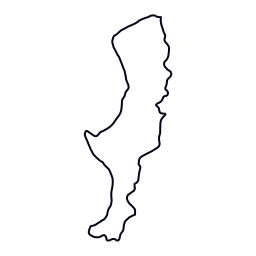 the district of Plateaux, Haut-Ogooué, Gabon
{"feature_id": "22940354B6249741247917", "entity_name": "Plateaux", "entity_type": "district", "adm_level": 2, "iso_a3": "GAB", "parent_name": "Gabon", "parent_adm1": "Haut-Ogooué", "projection": "robinson", "projection_center": [14.201, -1.717], "detail": "fine", "context": "isolated", "style": "outline", "palette": "ink", "viewbox_px": 256, "rotation_deg": 0, "n_neighbors": 0, "source": "geoboundaries", "source_scale": "gbopen_adm2", "svg_char_len": 3724}
<svg xmlns="http://www.w3.org/2000/svg" viewBox="0 0 256 256"><path d="M160.8,17.2L157.8,17.0L156.0,16.3L154.9,15.5L153.4,15.4L151.8,15.5L150.0,16.0L148.5,17.0L145.4,17.9L142.3,19.1L139.5,20.4L137.1,22.2L135.3,23.4L132.5,24.7L128.7,26.3L125.0,28.3L121.3,30.2L118.2,32.9L117.5,33.6L116.9,34.1L113.9,36.1L113.3,37.3L112.8,39.1L112.3,40.8L112.3,42.6L113.0,44.7L113.6,47.3L113.9,47.9L116.1,51.8L117.6,55.0L118.9,56.7L121.4,62.8L123.4,68.2L124.5,70.9L125.7,76.2L126.1,79.3L127.0,82.0L128.1,84.2L128.5,86.0L128.6,88.0L127.8,89.4L126.3,91.3L125.6,92.3L125.2,93.7L124.6,96.0L123.0,98.5L122.3,99.6L121.9,101.4L121.9,104.1L121.4,109.4L120.6,112.5L119.2,115.2L116.2,119.2L113.4,123.3L110.7,126.2L107.4,128.6L105.0,129.9L103.3,130.9L100.8,131.9L99.7,132.8L98.5,134.4L97.4,135.5L96.4,136.1L94.8,136.1L92.9,135.0L91.5,134.0L90.4,133.3L88.6,132.0L87.1,131.0L85.9,131.2L85.1,132.7L84.7,134.3L85.6,137.4L86.6,139.5L87.7,142.1L88.9,145.1L90.7,149.2L92.1,152.0L93.1,154.0L95.3,156.4L97.0,158.0L99.3,160.2L100.8,161.2L102.5,162.1L103.2,163.0L104.6,165.1L106.9,167.4L108.5,168.8L109.5,170.5L110.5,172.7L111.6,175.5L112.5,178.2L112.8,181.5L112.6,184.9L112.1,188.3L111.6,190.5L111.3,192.8L111.3,195.5L111.4,197.9L111.6,199.5L111.6,201.2L111.3,203.0L111.0,204.5L110.3,206.3L109.8,207.1L109.0,208.3L108.4,209.5L108.0,210.7L107.4,213.2L107.0,215.3L105.3,217.9L104.4,219.1L102.9,220.1L101.7,220.6L100.1,221.8L98.8,222.6L97.7,223.3L96.2,224.3L95.1,225.0L92.9,225.7L90.9,226.1L90.4,226.7L89.6,228.7L88.9,231.1L88.8,232.7L89.6,234.5L91.0,235.4L92.1,236.1L93.5,236.6L94.9,237.1L97.1,237.3L99.1,237.2L100.4,236.7L101.8,235.9L103.1,235.2L104.6,235.2L105.9,236.6L106.3,238.2L106.7,239.8L107.6,240.5L109.0,240.5L110.3,240.0L112.0,239.2L113.3,238.9L114.3,239.0L115.2,239.3L116.3,240.2L117.3,240.6L118.4,240.3L119.2,239.4L119.6,237.9L119.9,236.7L120.3,235.0L120.9,233.5L121.9,232.3L122.5,231.5L123.2,230.4L123.4,229.1L123.6,227.8L123.8,225.4L124.1,224.2L124.8,222.0L126.0,220.3L127.4,219.2L129.5,217.2L131.6,216.2L133.3,215.3L135.0,214.6L135.0,213.3L135.1,211.2L134.9,209.4L133.8,207.9L131.8,205.8L129.1,203.2L127.9,201.3L127.2,199.8L127.0,198.2L127.2,196.5L128.0,194.9L129.3,194.0L131.3,192.5L133.6,191.0L134.4,189.8L134.9,188.7L134.7,187.3L134.6,185.8L134.5,184.8L134.6,183.9L136.1,183.0L136.9,182.4L138.0,180.9L138.4,179.2L138.6,177.4L138.9,175.2L139.1,172.9L139.5,171.5L139.7,170.5L140.1,168.9L140.3,166.8L139.9,165.8L139.1,165.1L138.6,163.9L138.7,163.0L138.9,161.7L139.0,160.3L139.3,159.2L139.8,158.2L140.8,157.1L142.3,156.1L145.1,154.6L147.8,153.2L151.0,151.6L153.1,150.4L155.4,148.9L157.6,147.6L159.0,146.1L159.4,145.2L159.6,143.8L159.4,142.0L159.2,140.5L159.0,138.8L159.1,137.0L159.5,135.3L160.0,133.7L160.2,131.6L160.2,128.5L160.3,125.9L160.4,123.6L160.6,121.7L161.1,120.0L162.2,118.2L163.3,116.8L164.4,115.8L165.4,114.7L165.1,113.8L163.3,113.6L161.5,113.4L160.5,112.9L159.8,112.3L159.4,111.1L159.1,110.0L158.9,108.5L158.2,107.2L157.5,106.6L156.6,106.0L156.1,104.9L156.6,104.1L157.5,103.4L158.8,102.8L159.9,102.3L161.1,101.3L161.8,100.4L162.8,98.5L163.4,97.0L164.3,96.2L165.9,95.9L167.3,95.2L167.8,94.2L168.0,93.0L167.5,91.3L166.9,90.6L165.8,89.7L165.3,88.8L165.4,87.7L165.8,86.6L166.2,85.6L166.6,84.4L166.8,82.7L167.1,80.4L167.7,79.2L168.6,78.3L169.6,77.4L170.6,76.3L171.2,74.8L171.3,73.6L170.7,71.9L170.0,71.2L168.9,70.5L167.5,69.5L165.7,67.7L164.6,66.2L164.2,65.2L164.1,63.8L164.2,62.6L164.7,61.7L165.5,60.9L166.6,59.7L167.2,58.7L167.7,57.7L168.3,56.1L168.5,54.7L168.7,53.1L169.0,50.4L169.0,48.6L168.8,46.7L167.5,44.5L166.7,43.6L165.5,42.2L164.7,41.1L164.5,39.5L164.6,38.2L165.0,37.3L165.2,36.0L165.0,34.6L164.0,32.9L163.4,31.2L162.5,28.2L161.6,25.6L160.9,22.6L160.7,20.8L160.8,18.1L160.8,17.2Z" fill="none" stroke="#020617" stroke-width="2"/></svg>